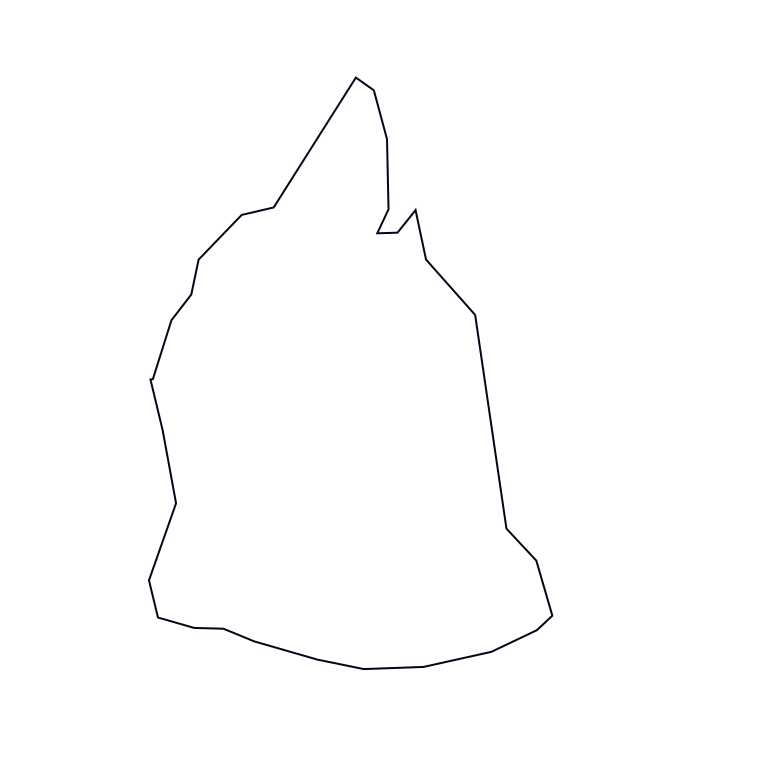 the Unitary Authority of Rutland, rotated 286°
{"feature_id": "GBR-2762", "entity_name": "Rutland", "entity_type": "Unitary Authority", "adm_level": 1, "iso_a3": "GBR", "parent_name": "United Kingdom", "parent_adm1": "", "projection": "robinson", "projection_center": [-0.637, 52.627], "detail": "fine", "context": "isolated", "style": "outline", "palette": "ink", "viewbox_px": 768, "rotation_deg": 286, "n_neighbors": 0, "source": "natural_earth", "source_scale": "10m", "svg_char_len": 560}
<svg xmlns="http://www.w3.org/2000/svg" viewBox="0 0 768 768"><g transform="rotate(286 384 384)"><path d="M323.9,158.3L325.0,160.5L386.7,162.1L416.9,174.1L452.5,171.5L507.3,200.6L523.3,229.3L670.8,272.5L663.5,293.3L620.2,319.4L553.2,340.2L527.0,336.0L533.2,355.3L559.9,366.4L559.3,366.7L515.2,390.1L475.5,452.6L278.7,541.6L256.2,579.1L207.7,609.7L189.5,598.8L156.2,561.1L122.9,499.9L104.4,443.2L100.7,396.1L100.8,330.1L104.5,297.1L97.2,268.8L97.2,231.1L130.5,212.2L212.0,217.0L278.5,184.0L323.9,158.3Z" fill="none" stroke="#020617" stroke-width="2"/></g></svg>